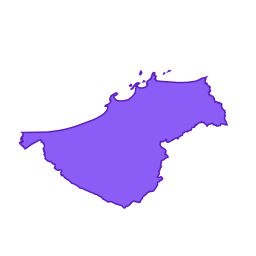 Mueang Prachuap Khiri Khan, Prachuap Khiri Khan, Thailand (Natural Earth projection), rotated 230°
{"feature_id": "78962969B124127950109", "entity_name": "Mueang Prachuap Khiri Khan", "entity_type": "district", "adm_level": 2, "iso_a3": "THA", "parent_name": "Thailand", "parent_adm1": "Prachuap Khiri Khan", "projection": "natural_earth1", "projection_center": [99.773, 11.859], "detail": "fine", "context": "isolated", "style": "filled", "palette": "violet", "viewbox_px": 256, "rotation_deg": 230, "n_neighbors": 0, "source": "geoboundaries", "source_scale": "gbopen_adm2", "svg_char_len": 5831}
<svg xmlns="http://www.w3.org/2000/svg" viewBox="0 0 256 256"><g transform="rotate(230 128 128)"><path d="M68.9,73.9L69.0,76.7L68.4,77.4L68.0,79.7L68.7,83.7L68.7,84.5L68.1,85.8L66.0,86.8L65.4,87.5L64.3,88.3L63.4,89.3L63.8,90.2L64.3,90.8L64.7,93.1L65.9,95.6L65.6,96.9L65.7,97.9L65.5,99.7L66.1,101.0L65.6,102.4L65.9,103.3L65.2,103.7L64.1,105.9L63.5,106.5L63.4,107.6L64.1,109.2L64.1,110.8L65.1,112.7L65.2,113.8L66.9,115.2L67.2,116.0L67.2,116.7L66.8,117.5L67.1,119.5L66.6,120.2L66.7,121.8L68.0,122.3L69.6,121.9L69.9,120.3L71.4,118.9L71.7,119.2L72.7,122.5L74.0,123.4L75.3,123.7L75.3,125.4L76.7,127.0L76.6,128.1L78.0,129.3L79.2,129.6L79.9,131.2L80.9,131.7L81.4,132.4L80.7,135.2L80.9,137.9L80.2,138.8L79.9,139.9L81.1,140.5L82.7,140.3L83.4,139.7L83.3,140.1L84.6,140.5L85.2,140.4L85.3,141.9L86.8,142.6L88.8,142.4L91.8,141.3L94.0,141.5L95.0,142.2L96.4,144.0L96.8,144.3L95.1,145.6L95.1,148.0L94.5,148.9L94.4,148.8L94.5,149.9L92.3,148.8L91.2,149.7L90.1,154.5L89.9,156.6L89.2,159.1L89.0,159.3L87.9,159.0L87.7,159.2L87.6,159.9L88.1,160.6L88.4,161.9L87.6,164.8L87.8,165.5L88.9,166.7L88.4,167.9L88.5,169.5L88.1,170.1L86.9,171.1L86.9,171.6L87.3,172.6L86.5,173.2L85.9,175.0L87.1,177.2L86.5,179.0L85.9,179.4L86.0,179.9L87.0,181.2L86.5,181.3L86.2,181.7L86.6,182.6L86.4,183.6L86.3,185.8L85.7,186.8L85.7,188.1L85.0,187.8L84.7,188.4L83.6,189.1L83.3,189.7L81.7,189.6L81.2,189.9L79.8,190.1L78.5,189.8L78.5,190.2L79.3,192.2L78.2,193.3L77.6,195.6L76.3,196.0L75.7,195.4L74.8,196.3L74.3,196.5L73.8,197.3L72.8,197.0L72.4,197.2L70.6,200.2L71.3,201.6L71.1,202.3L69.9,203.6L68.0,204.6L66.8,205.9L70.2,207.3L71.0,207.1L71.4,207.4L72.3,207.4L72.8,208.0L73.7,208.4L74.4,209.3L75.0,210.7L75.8,210.6L77.2,211.7L77.5,212.5L78.3,212.6L79.0,213.3L80.0,212.7L80.9,213.1L81.6,212.6L82.4,212.9L83.0,212.6L83.6,213.3L84.3,213.4L84.5,213.7L85.3,214.2L85.4,214.7L86.1,215.1L87.0,215.1L87.0,214.8L87.9,213.9L88.7,214.4L89.0,214.3L89.3,213.9L89.2,213.2L89.7,212.9L90.1,213.1L90.6,212.7L91.4,212.6L91.9,211.2L92.4,211.7L93.5,212.2L94.1,211.9L94.8,212.2L95.0,212.6L94.9,213.0L95.2,213.2L96.4,213.0L97.2,213.3L97.9,213.3L98.9,212.7L99.1,212.4L99.8,212.5L100.2,211.9L101.1,212.0L101.4,211.6L102.2,212.2L102.4,212.6L103.0,212.7L103.3,212.4L103.6,212.7L103.7,213.4L103.1,214.2L103.0,214.6L103.7,214.6L104.0,215.4L105.5,215.4L106.2,217.0L106.7,217.3L107.4,217.2L107.5,216.8L108.0,217.0L108.2,216.5L110.6,216.7L111.6,217.1L111.5,216.5L112.4,216.3L112.4,215.7L112.7,215.7L112.9,216.1L114.9,217.7L115.2,218.7L116.1,218.7L116.6,220.8L117.7,218.1L118.8,216.2L118.6,215.5L120.2,210.2L123.9,204.1L127.5,199.3L131.1,195.0L143.1,182.7L145.5,180.4L146.5,179.8L146.8,179.8L147.0,180.4L147.5,180.7L148.4,179.8L148.7,180.1L148.7,180.9L149.3,182.6L150.1,182.9L151.9,181.8L152.7,182.4L152.1,183.9L152.5,183.5L152.9,183.9L153.2,183.6L153.4,183.8L154.1,183.3L154.0,181.7L152.7,179.9L152.4,179.9L151.6,177.5L151.3,177.5L151.4,177.1L150.7,176.5L150.8,176.1L151.2,175.9L151.4,172.7L150.7,172.2L150.4,170.9L150.0,170.7L149.6,171.1L149.2,170.6L148.8,171.1L148.4,170.9L148.0,169.9L148.0,168.8L148.2,167.6L148.8,165.9L149.9,164.1L151.0,162.9L152.7,162.1L155.0,162.2L155.2,163.0L154.9,164.3L154.9,165.5L156.3,164.7L156.9,163.0L156.9,161.8L156.6,160.5L156.1,160.0L155.7,160.1L155.1,161.1L154.1,160.8L153.1,159.0L151.6,157.7L150.5,156.0L149.9,154.6L149.5,152.6L149.3,150.2L149.5,148.0L149.1,146.8L149.7,146.3L150.7,143.7L153.2,140.0L155.3,137.8L156.7,137.0L159.6,136.8L160.5,136.9L161.2,137.4L161.7,138.0L160.8,139.6L161.0,141.8L161.2,142.0L162.1,141.9L162.7,141.0L162.8,139.8L163.3,138.5L163.1,137.5L163.6,135.9L163.4,135.1L162.8,134.5L161.9,132.6L161.0,132.0L160.2,132.6L159.5,132.0L159.1,131.3L158.7,128.8L159.7,125.4L159.6,124.8L159.4,124.5L158.6,125.2L158.3,126.4L157.3,126.1L156.4,125.4L155.7,124.5L154.8,122.0L154.4,118.8L154.7,115.2L155.5,110.7L156.7,106.3L162.8,89.2L166.4,81.0L169.7,74.7L176.3,64.1L192.6,44.0L191.1,44.3L190.7,43.4L189.9,43.0L189.4,42.3L189.8,41.6L189.5,40.8L189.0,40.9L188.8,40.5L188.0,40.4L188.1,39.4L188.8,39.4L188.6,38.9L187.6,38.4L187.1,39.3L186.0,38.7L185.4,39.4L185.2,39.2L185.1,38.8L185.3,38.0L184.8,37.7L184.9,37.2L185.4,37.0L185.7,37.6L186.1,37.3L186.5,36.4L186.4,35.4L185.6,35.2L183.6,35.3L182.4,35.5L181.8,36.0L181.4,35.6L179.9,36.0L179.2,35.7L178.1,35.7L177.5,43.3L175.5,53.4L174.1,53.3L173.1,52.6L172.6,53.5L171.9,53.2L170.6,53.2L170.3,53.7L169.8,53.1L168.7,53.0L167.9,52.5L167.1,51.4L166.6,50.3L166.7,49.8L165.9,49.3L165.1,49.3L164.5,49.6L164.1,49.5L163.7,49.0L163.9,48.3L161.7,48.2L161.8,46.7L160.7,46.7L159.1,46.1L157.8,44.8L154.1,45.4L152.7,46.5L152.4,46.4L151.2,47.5L149.2,47.2L148.5,47.5L148.1,48.4L147.5,48.3L147.2,48.5L146.0,48.4L144.9,46.2L144.3,45.9L143.8,46.2L142.1,46.4L141.6,46.9L140.9,46.9L140.2,47.6L140.1,48.1L139.0,49.8L137.5,49.3L137.0,47.8L136.1,47.4L135.5,46.8L135.2,47.3L134.2,46.6L133.8,47.7L133.5,47.8L132.7,47.6L131.2,47.9L130.7,47.5L129.8,47.8L129.6,48.1L128.6,48.1L125.8,49.1L122.0,49.4L119.9,50.7L116.0,52.2L113.1,52.6L111.0,54.2L102.6,58.2L101.6,59.0L98.5,60.2L97.0,61.5L95.1,61.9L92.6,63.1L89.5,63.2L87.0,64.4L84.6,64.9L83.9,65.5L83.0,67.1L81.9,68.1L78.2,69.6L73.0,73.1L72.2,73.4L69.9,73.5L68.9,73.9ZM161.9,172.3L161.7,171.5L161.0,171.6L161.2,172.3L161.0,173.2L161.2,173.7L161.5,174.0L162.4,174.2L162.5,174.0L162.9,174.2L162.9,173.9L163.1,174.0L162.8,173.0L161.9,172.3ZM159.4,156.6L158.5,156.6L158.3,157.2L158.2,157.8L158.4,158.2L159.0,158.3L159.6,157.9L159.3,157.1L159.4,156.6ZM154.0,170.4L154.0,170.0L153.6,169.3L153.1,170.2L153.0,170.8L154.0,170.4ZM155.6,156.6L156.1,156.0L155.7,155.4L155.3,155.8L155.6,156.6ZM145.5,196.6L145.6,196.2L145.4,195.3L144.9,196.9L145.5,196.6ZM156.2,159.5L156.4,159.3L156.5,158.9L155.9,158.4L155.8,158.8L156.2,159.5ZM155.5,158.3L155.9,157.9L155.6,156.8L155.4,157.7L155.2,157.9L155.5,158.3ZM146.9,191.2L146.5,190.4L146.3,191.1L146.6,191.4L146.9,191.2Z" fill="#8b5cf6" stroke="#5b21b6" stroke-width="1.5"/></g></svg>